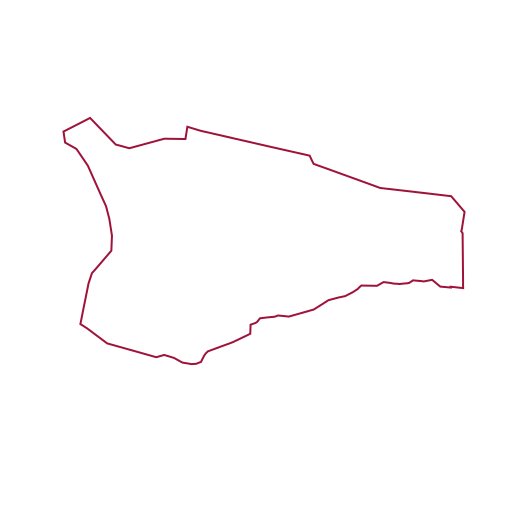 the district of San Souci, Castries, Saint Lucia, rotated 99°
{"feature_id": "8701671B431817219608", "entity_name": "San Souci", "entity_type": "district", "adm_level": 2, "iso_a3": "LCA", "parent_name": "Saint Lucia", "parent_adm1": "Castries", "projection": "natural_earth1", "projection_center": [-60.989, 14.017], "detail": "fine", "context": "isolated", "style": "outline", "palette": "rose", "viewbox_px": 512, "rotation_deg": 99, "n_neighbors": 0, "source": "geoboundaries", "source_scale": "gbopen_adm2", "svg_char_len": 1491}
<svg xmlns="http://www.w3.org/2000/svg" viewBox="0 0 512 512"><g transform="rotate(99 256 256)"><path d="M352.1,415.6L353.7,411.9L365.6,389.3L369.5,356.0L371.4,340.1L371.5,338.5L370.5,336.4L368.1,331.2L368.7,326.7L369.5,321.0L372.2,313.7L372.5,312.6L372.8,311.9L372.8,306.8L372.8,305.2L372.9,303.0L371.8,298.1L370.0,295.2L369.3,293.8L362.5,291.6L360.1,290.4L357.7,288.6L350.3,275.4L346.4,268.3L344.7,265.4L335.6,252.2L333.7,249.5L324.7,250.6L322.3,246.2L321.1,244.7L316.9,242.3L314.9,235.3L313.4,229.4L313.2,228.5L312.8,227.8L312.6,227.0L311.3,225.0L310.7,214.1L300.3,191.6L300.0,190.8L288.3,177.5L284.0,167.8L281.7,161.7L276.5,154.6L274.5,152.4L272.5,150.2L270.9,149.2L268.7,147.3L266.5,131.8L261.8,125.9L261.6,119.4L261.7,115.8L261.3,111.6L261.2,109.6L260.6,107.7L259.5,103.4L259.4,102.6L258.6,100.5L255.5,97.1L254.9,88.4L254.9,86.4L252.0,78.3L257.4,69.2L256.7,58.7L255.9,58.9L255.3,46.4L254.6,46.5L253.8,46.7L244.5,48.2L201.2,55.5L200.1,56.5L199.4,57.2L197.6,56.9L179.8,56.9L166.4,72.6L167.0,87.5L169.4,143.9L162.1,181.6L156.0,213.5L153.2,215.5L148.5,218.7L145.8,259.9L141.0,330.1L139.1,344.0L151.5,344.0L154.5,364.9L169.4,398.0L168.3,407.5L167.9,411.9L149.8,435.9L145.6,441.5L150.9,448.7L163.2,465.6L173.8,462.3L178.3,450.2L179.8,448.7L193.1,436.2L219.9,418.8L224.4,415.8L230.3,411.9L239.7,407.8L242.2,406.7L258.6,401.4L259.7,401.3L273.4,399.7L293.7,412.2L298.7,415.4L302.6,416.0L309.1,417.1L337.8,418.3L350.7,418.8L352.1,415.6Z" fill="none" stroke="#9f1239" stroke-width="2"/></g></svg>